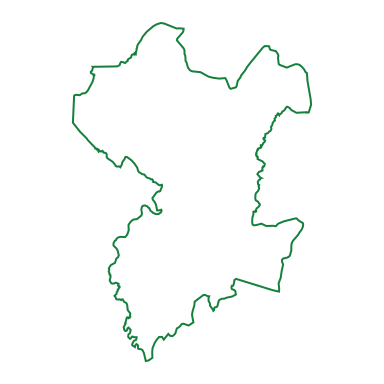 Boulgou, Boulgou, Burkina Faso
{"feature_id": "67063806B79770817740465", "entity_name": "Boulgou", "entity_type": "district", "adm_level": 2, "iso_a3": "BFA", "parent_name": "Burkina Faso", "parent_adm1": "Boulgou", "projection": "natural_earth1", "projection_center": [-0.458, 11.461], "detail": "fine", "context": "isolated", "style": "outline", "palette": "green", "viewbox_px": 384, "rotation_deg": 0, "n_neighbors": 0, "source": "geoboundaries", "source_scale": "gbopen_adm2", "svg_char_len": 5982}
<svg xmlns="http://www.w3.org/2000/svg" viewBox="0 0 384 384"><path d="M269.0,46.2L264.7,46.1L262.8,47.6L250.2,63.0L247.1,67.0L244.7,71.0L240.9,75.8L240.5,77.2L237.7,81.0L236.8,85.5L236.0,87.3L230.8,88.8L230.1,88.5L229.4,87.6L226.6,80.5L225.3,78.1L219.2,78.6L212.6,77.7L208.5,76.6L200.5,72.2L192.1,71.3L190.0,70.3L188.0,67.7L186.4,62.1L185.6,61.0L185.3,55.7L184.5,54.1L184.5,50.4L183.7,48.4L176.9,40.3L177.1,38.9L182.8,32.3L183.5,30.5L183.6,28.7L179.3,28.3L176.6,28.5L164.4,23.6L161.0,23.0L159.2,23.5L156.5,24.4L153.2,26.3L146.7,31.8L142.7,36.6L140.8,40.5L138.1,44.1L137.2,46.1L137.1,47.8L136.5,48.9L136.6,50.4L135.9,51.8L136.0,52.7L135.6,52.9L135.7,53.9L134.8,53.3L134.8,54.6L134.3,54.7L133.8,54.1L131.8,54.8L131.0,57.5L128.5,59.0L127.8,59.7L127.7,61.0L126.7,61.4L125.4,62.9L124.2,62.8L123.1,62.1L121.1,61.9L120.1,63.5L119.8,65.0L117.2,66.4L92.7,66.8L93.0,67.3L92.1,70.6L90.8,71.8L90.9,73.0L93.3,74.4L93.5,75.1L94.3,74.8L94.4,75.3L93.8,75.6L93.6,78.3L92.6,81.7L88.0,90.2L86.8,91.8L85.1,93.2L82.4,93.4L79.7,95.2L76.2,94.8L74.6,95.2L74.1,95.9L72.9,122.7L80.0,131.7L86.5,138.2L87.9,140.2L95.4,148.0L95.3,148.5L96.0,148.5L96.7,149.3L97.4,148.9L98.0,149.4L97.8,150.6L98.2,150.8L98.8,150.4L98.9,151.6L99.7,151.0L101.1,151.5L102.1,150.9L102.7,151.7L103.2,151.5L103.9,152.7L105.8,153.0L106.8,154.4L106.6,156.9L107.5,158.3L112.8,161.9L115.6,165.4L115.6,166.0L116.9,166.6L119.2,166.4L120.3,167.3L121.7,164.8L122.5,161.9L124.4,159.3L125.5,156.9L127.2,157.1L131.7,160.5L134.6,163.8L137.2,167.6L138.1,170.7L138.9,172.1L142.0,174.0L144.5,174.7L146.4,177.2L147.0,177.6L150.5,178.8L151.2,179.5L152.3,179.4L153.1,180.5L153.1,181.9L155.6,182.4L158.8,185.0L160.0,185.3L161.8,184.7L162.0,185.0L162.1,186.2L160.2,191.1L159.1,191.6L158.3,191.4L156.5,192.5L152.4,198.1L152.9,199.8L154.7,202.0L156.0,204.7L157.1,210.4L158.6,210.5L161.2,209.7L161.6,210.7L161.0,212.3L158.8,213.9L157.2,214.2L155.3,213.9L152.6,212.6L152.3,212.0L150.5,210.8L149.2,208.0L148.6,207.9L147.3,206.4L144.9,205.4L142.9,205.8L142.0,206.7L141.3,209.6L142.0,213.6L141.3,215.6L137.0,219.1L133.7,219.5L132.5,220.1L130.4,222.0L128.5,224.9L128.7,230.4L127.2,234.7L125.4,236.9L124.7,237.1L120.4,236.8L117.8,237.6L116.3,239.1L115.9,240.2L114.8,240.8L113.6,243.0L113.4,245.0L113.9,246.0L116.4,248.4L117.6,250.4L118.8,255.3L118.1,257.1L116.4,258.5L115.0,262.8L110.7,265.2L108.8,268.4L109.3,269.6L108.7,271.3L109.4,273.0L109.3,273.8L109.8,274.0L109.8,274.9L110.5,275.3L110.3,275.9L110.6,276.6L109.7,280.4L110.6,282.2L111.3,283.3L112.6,283.6L114.1,283.5L115.7,282.7L117.1,283.1L118.6,283.9L118.0,285.2L118.2,285.8L119.3,286.1L119.6,286.6L119.6,287.4L118.9,287.6L118.6,289.0L117.7,289.5L117.8,290.9L116.7,292.2L116.5,293.9L114.5,295.9L115.7,297.3L116.0,298.7L116.5,299.3L118.4,299.6L119.7,299.3L121.1,300.1L121.7,299.4L122.7,299.4L124.1,301.8L126.4,303.1L127.2,304.9L127.7,310.1L130.1,313.1L130.3,313.9L130.0,315.2L130.3,316.7L129.9,317.6L128.5,318.2L128.1,317.3L127.0,317.4L126.6,318.3L125.5,322.5L125.7,323.1L125.2,323.4L125.5,323.8L123.7,327.1L124.2,329.6L125.2,331.0L125.9,331.0L126.9,330.3L127.6,328.2L128.6,327.6L130.7,330.0L130.1,332.7L129.6,333.6L128.6,334.2L128.2,335.6L128.2,337.0L130.0,338.8L130.7,338.6L131.9,336.7L132.7,336.5L133.8,337.2L136.6,337.2L136.5,338.8L135.8,340.1L134.1,340.7L133.0,342.3L132.1,344.4L132.3,345.3L134.9,347.1L135.3,345.4L136.4,344.1L137.8,345.2L138.1,346.0L138.0,348.1L138.4,348.9L140.9,349.2L142.4,350.0L143.9,353.0L145.8,361.0L148.5,360.5L152.4,357.8L152.2,352.3L152.5,348.4L154.5,343.3L156.7,339.7L159.1,337.0L162.0,336.9L163.8,339.6L168.3,333.9L170.1,335.8L172.2,336.2L173.5,335.4L175.3,333.5L176.8,328.5L179.6,326.7L181.7,324.1L183.5,323.7L188.6,325.5L193.4,322.4L192.0,314.8L192.7,310.8L194.3,305.6L194.7,301.6L203.3,295.1L205.1,294.9L207.7,296.2L209.2,296.3L208.5,298.2L208.6,300.9L209.8,303.2L210.1,305.7L213.1,310.0L213.3,310.8L214.0,310.3L214.2,308.3L214.9,307.3L216.5,307.1L217.5,305.9L218.7,301.0L219.4,299.9L221.7,298.8L224.7,298.6L226.1,297.8L232.2,296.5L235.9,294.5L235.3,291.0L234.2,290.0L232.0,289.2L231.4,287.9L231.8,285.8L233.0,285.8L233.7,284.4L234.4,280.1L236.1,278.9L273.1,290.3L279.0,291.6L279.2,288.6L278.6,283.4L280.7,277.8L281.7,270.8L283.1,264.7L282.0,261.4L282.0,259.9L283.0,258.6L287.2,257.6L289.2,256.5L289.9,255.5L291.3,250.7L291.3,246.3L291.7,243.1L293.1,240.6L297.9,235.1L299.6,232.3L301.6,229.7L302.9,226.7L303.2,224.1L302.8,223.0L298.3,220.3L297.0,218.7L296.0,218.3L284.3,221.2L278.3,223.6L275.8,226.2L272.7,225.8L266.3,226.0L261.4,223.7L256.1,225.1L253.5,225.3L252.7,224.5L252.3,223.7L252.2,220.6L252.4,217.7L253.4,214.5L253.4,211.7L254.1,211.5L255.5,211.9L256.0,211.6L256.2,211.4L255.5,210.6L256.3,209.5L256.5,208.5L258.8,206.6L259.9,204.8L259.8,204.2L259.0,203.5L258.2,201.8L255.8,200.4L255.3,198.7L255.5,194.3L256.2,192.9L258.0,191.1L259.2,188.4L258.6,186.3L259.2,185.1L258.1,184.3L257.8,181.8L258.7,180.3L260.1,179.4L260.3,178.4L261.3,178.1L260.4,177.7L257.4,174.2L257.9,173.1L259.1,171.8L261.5,171.1L261.7,170.4L262.5,170.4L262.4,167.7L262.9,166.6L263.5,166.9L264.3,166.1L264.8,164.0L262.5,161.4L257.6,159.0L257.8,157.4L257.4,156.3L256.7,156.5L256.1,155.0L256.5,153.8L256.1,153.6L257.6,149.4L258.0,149.6L258.5,148.4L260.5,148.0L260.5,147.6L261.4,147.0L261.4,146.7L260.7,146.8L260.8,145.2L262.2,145.3L263.4,143.0L264.7,141.8L265.1,140.6L263.5,139.2L263.4,138.4L263.7,138.0L264.5,138.4L265.1,137.0L265.4,134.0L267.9,133.1L269.1,131.6L270.0,131.3L271.1,129.9L271.4,128.8L271.0,127.0L272.4,124.8L272.6,123.0L274.5,120.4L274.9,120.4L274.6,118.6L275.6,117.6L276.0,116.8L275.7,116.1L277.1,115.0L277.7,113.5L278.0,113.4L279.3,115.3L279.9,114.1L281.4,113.4L282.3,111.6L284.1,110.5L285.5,108.7L285.9,107.6L287.2,106.7L289.6,107.9L291.3,110.0L296.5,112.8L306.4,112.2L306.4,112.6L308.7,112.5L311.1,104.8L310.6,98.9L307.5,81.1L306.9,73.0L305.6,72.2L304.1,69.4L301.8,66.7L299.4,64.8L297.2,64.2L295.1,64.3L286.7,67.6L279.5,64.8L278.8,64.1L278.6,63.1L278.0,58.0L278.4,55.7L277.9,54.1L275.8,51.1L270.6,49.9L269.9,49.0L269.0,46.2Z" fill="none" stroke="#15803d" stroke-width="2"/></svg>